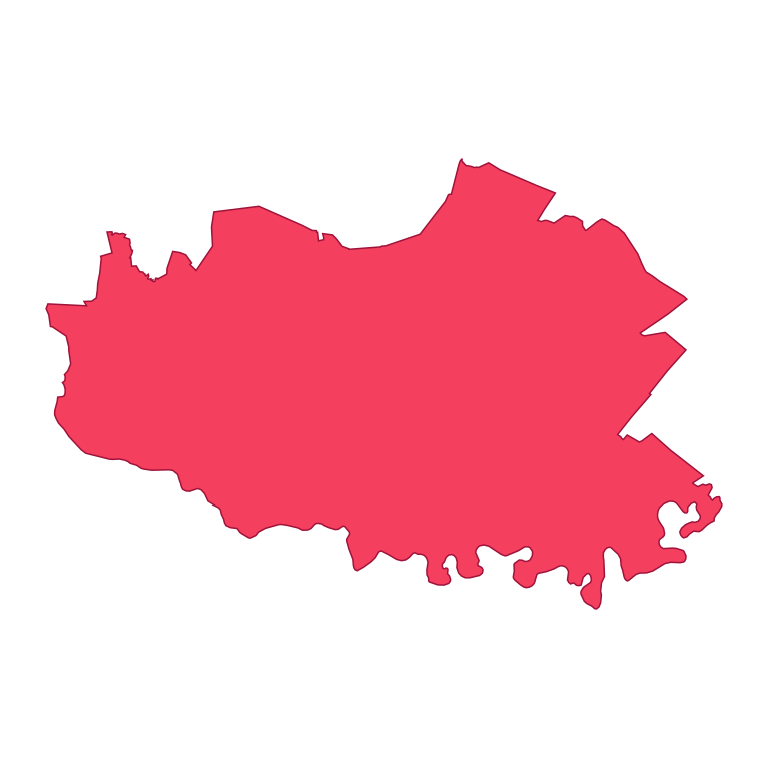 Puchenii Mari, Prahova, Romania
{"feature_id": "2599482B6135961809734", "entity_name": "Puchenii Mari", "entity_type": "district", "adm_level": 2, "iso_a3": "ROU", "parent_name": "Romania", "parent_adm1": "Prahova", "projection": "orthographic", "projection_center": [26.095, 44.824], "detail": "fine", "context": "isolated", "style": "filled", "palette": "rose", "viewbox_px": 768, "rotation_deg": 0, "n_neighbors": 0, "source": "geoboundaries", "source_scale": "gbopen_adm2", "svg_char_len": 6093}
<svg xmlns="http://www.w3.org/2000/svg" viewBox="0 0 768 768"><path d="M596.6,608.9L598.9,607.1L600.6,602.9L601.4,595.0L600.6,591.2L601.6,582.5L604.5,576.5L603.8,560.1L603.3,556.7L603.4,552.8L605.2,549.6L607.1,547.9L608.8,547.3L610.9,547.5L618.3,554.4L620.6,558.9L621.2,565.9L622.7,570.4L624.2,577.1L625.4,579.6L627.2,580.9L628.4,580.6L636.1,574.4L639.9,573.1L646.7,572.9L652.9,571.0L664.9,563.6L670.7,562.3L680.2,562.7L683.6,562.0L684.5,561.4L685.8,559.0L686.0,555.8L683.9,551.2L682.7,550.4L676.2,548.4L672.9,548.1L663.2,548.6L660.5,546.6L659.4,544.6L659.0,542.6L659.2,540.2L659.9,539.3L663.4,536.6L664.2,535.3L664.6,533.4L663.5,528.1L659.2,521.5L657.8,518.3L657.5,515.2L657.8,512.6L658.1,510.8L659.5,508.1L663.6,503.7L665.8,502.5L669.9,500.9L672.9,501.2L674.5,501.6L676.7,503.1L683.0,511.6L684.7,512.9L686.8,512.9L687.7,511.6L687.8,507.4L691.2,503.2L694.7,501.8L696.9,503.9L696.2,506.9L696.7,510.1L699.6,514.6L700.4,516.7L700.1,518.6L698.2,521.3L695.0,522.3L692.3,521.9L689.1,523.0L685.4,524.8L681.6,528.2L679.8,531.9L680.4,534.3L681.1,535.6L682.4,537.1L683.8,537.9L687.1,536.7L689.4,534.1L693.6,531.2L699.1,531.7L701.8,530.1L706.6,525.5L710.4,522.8L714.1,521.0L714.3,518.0L716.3,514.6L718.7,512.0L721.7,506.6L721.9,503.8L720.3,500.9L719.8,499.0L720.0,497.8L719.3,496.6L716.6,496.8L714.1,498.2L712.5,500.0L711.5,499.2L709.8,496.4L708.4,495.5L708.4,494.7L712.1,487.7L711.4,484.6L709.3,483.9L705.6,485.2L702.8,484.2L698.0,486.6L693.9,484.2L692.7,482.9L703.4,475.8L703.1,475.6L670.2,449.9L651.8,433.5L642.0,440.8L639.4,442.0L627.2,435.0L623.4,439.5L621.8,438.4L620.8,436.7L617.6,434.6L632.0,416.4L650.9,394.5L649.4,393.5L667.4,370.8L686.0,349.9L665.2,332.4L644.7,335.8L642.0,334.9L640.2,333.0L667.5,314.4L686.9,299.2L683.9,296.4L659.7,281.4L652.5,276.0L646.3,272.1L645.2,270.6L642.0,264.0L637.8,253.9L624.2,233.1L617.9,227.4L613.9,225.7L604.9,220.0L601.8,219.0L597.1,221.8L586.6,230.1L585.5,230.4L582.6,225.8L582.5,221.4L576.9,217.8L573.5,216.4L570.3,216.5L565.3,215.5L554.1,223.1L547.2,220.5L545.1,220.3L541.5,221.5L537.7,220.5L544.2,209.8L555.4,193.0L535.7,185.1L500.1,169.8L488.8,162.8L478.5,167.5L477.0,167.1L474.4,167.5L470.8,166.3L466.0,165.5L461.4,160.4L462.2,159.8L461.9,159.1L460.5,160.5L459.1,164.1L451.4,194.3L449.3,194.3L448.4,194.9L445.4,201.5L420.2,234.2L386.0,245.8L381.2,246.2L380.6,246.9L348.9,249.3L348.9,248.8L342.0,246.3L336.6,239.1L332.5,234.9L322.7,233.6L323.6,237.4L323.6,239.7L318.5,240.8L317.6,232.3L316.6,232.3L316.4,230.6L312.1,230.4L302.1,225.3L258.9,206.3L213.8,211.9L211.5,227.0L212.5,246.2L196.0,270.5L189.9,264.5L191.5,262.9L185.7,254.9L180.1,252.6L172.7,251.4L167.0,268.3L166.7,274.1L157.3,279.2L157.1,278.3L155.5,278.3L154.9,281.3L154.1,281.7L152.7,281.2L152.9,279.9L151.1,280.4L151.0,278.7L148.6,279.2L147.8,278.9L147.6,278.5L148.8,276.2L148.2,274.2L145.8,276.0L145.3,275.6L144.9,274.0L143.2,272.9L142.9,272.1L139.5,271.6L136.2,265.9L131.6,266.2L130.7,257.7L129.8,257.8L131.6,254.1L132.5,250.4L131.2,250.0L130.4,246.5L129.5,245.1L130.1,243.2L129.5,239.2L124.1,237.3L125.6,234.6L122.5,233.4L119.1,234.1L117.5,233.3L115.1,233.0L112.2,235.1L111.5,234.6L112.3,232.9L111.9,231.8L107.0,232.0L112.0,252.9L100.6,256.3L101.2,258.7L99.7,273.2L97.7,283.5L97.3,290.3L96.2,298.0L91.6,301.2L84.0,301.4L86.5,305.8L47.9,303.9L46.1,308.6L48.8,314.9L50.4,326.5L52.3,326.8L66.1,336.0L68.8,347.2L68.8,350.7L70.6,363.3L70.5,364.3L67.7,371.0L64.4,374.6L65.2,376.8L64.9,380.4L64.0,381.5L62.4,382.5L64.0,384.9L65.2,389.4L65.0,393.7L64.0,395.9L62.1,396.7L57.7,397.1L57.2,401.4L54.8,410.3L54.6,413.6L54.8,415.3L56.2,418.8L58.6,423.2L64.0,429.1L69.0,436.6L81.4,450.0L85.9,453.3L108.8,459.0L112.2,459.4L119.0,459.0L124.7,460.1L127.9,461.5L130.1,463.3L136.5,465.2L141.1,468.3L144.0,469.1L151.7,470.2L168.7,469.8L172.7,470.3L177.6,474.4L179.9,482.0L180.4,482.7L181.3,486.7L182.6,489.2L186.0,490.9L189.7,491.1L197.4,488.5L201.0,489.6L204.5,493.5L207.9,500.8L214.3,504.8L213.1,505.4L217.7,507.6L220.2,509.9L221.3,514.5L223.4,518.9L224.5,523.2L225.9,525.7L230.3,527.7L236.5,528.5L237.5,529.1L239.6,532.2L241.3,533.6L248.5,537.9L250.4,538.1L255.9,535.6L258.7,532.1L265.5,528.4L278.6,524.7L281.4,524.5L287.3,525.4L297.8,527.9L302.4,530.2L307.3,530.1L308.9,529.6L311.1,528.4L314.5,524.6L316.0,523.6L317.7,523.4L321.7,524.0L323.7,525.5L328.5,527.6L335.0,529.6L338.0,529.4L342.8,526.3L344.7,526.6L349.3,532.0L349.6,534.2L346.7,539.3L346.7,541.0L349.0,549.2L352.9,559.5L353.4,565.8L354.0,568.0L355.0,569.7L357.1,570.8L363.1,567.5L370.9,561.9L375.1,557.8L378.5,552.1L380.3,551.1L381.6,551.2L388.5,554.6L396.6,559.4L401.5,560.7L405.5,560.0L406.9,559.2L409.5,557.3L413.2,553.3L415.0,552.8L418.1,554.3L420.7,554.2L423.6,555.0L425.1,556.1L426.7,558.1L427.9,561.4L428.0,563.0L426.9,570.0L427.1,575.1L428.6,577.7L428.7,580.9L429.4,582.0L437.8,584.9L444.1,585.1L448.9,583.4L450.4,581.3L450.7,579.7L449.6,576.1L447.6,573.7L448.0,569.7L447.6,568.5L445.9,568.0L444.8,568.8L443.8,568.8L442.9,567.9L442.3,566.2L442.6,563.8L444.3,562.1L446.2,557.5L448.7,555.1L452.1,554.6L454.2,555.6L456.1,557.8L457.3,562.0L456.9,567.7L458.7,573.0L460.0,574.5L461.6,576.1L465.1,577.8L469.9,577.8L479.6,575.5L482.3,573.3L482.9,571.5L483.0,569.6L481.9,567.6L478.1,565.5L477.8,564.1L479.0,561.3L479.1,560.4L475.7,552.5L476.2,549.9L478.2,547.0L479.7,545.9L483.9,545.0L488.9,546.2L501.1,554.3L504.8,555.8L506.5,555.7L518.5,550.7L524.9,546.8L528.6,546.9L530.1,547.8L532.3,551.0L532.6,552.6L532.3,556.0L530.3,559.7L528.7,560.8L526.9,561.4L524.4,561.3L522.5,560.3L519.3,560.0L514.7,563.3L514.0,564.6L514.3,571.1L513.3,576.8L513.6,578.3L514.7,579.9L520.3,584.7L524.1,587.2L526.5,587.7L529.5,587.1L531.9,585.9L533.7,584.1L534.6,582.6L536.9,574.6L538.3,573.4L546.3,571.7L554.1,568.9L558.3,566.6L560.7,565.8L562.6,565.9L565.2,566.8L567.1,568.6L568.3,571.0L568.5,572.5L567.5,579.9L568.7,582.4L570.6,584.0L573.3,583.0L574.1,583.2L576.5,585.3L579.0,585.7L581.2,585.0L583.2,577.5L586.5,574.1L588.2,573.5L589.3,574.0L590.4,575.4L591.1,577.5L591.3,580.7L590.4,582.6L584.0,587.0L582.9,588.3L581.2,591.1L580.9,592.7L581.1,594.5L584.4,601.4L586.8,603.5L591.6,606.0L594.9,608.8L596.6,608.9Z" fill="#f43f5e" stroke="#9f1239" stroke-width="1.5"/></svg>